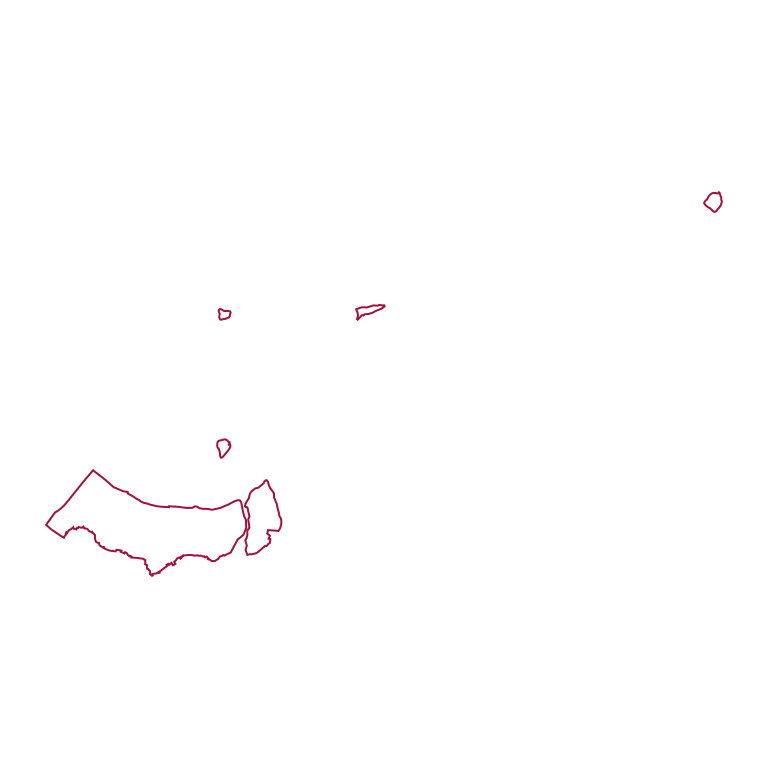 Kolofo'ou, Tonga (Robinson projection)
{"feature_id": "48082658B76905372739919", "entity_name": "Kolofo'ou", "entity_type": "district", "adm_level": 2, "iso_a3": "TON", "parent_name": "Tonga", "parent_adm1": "", "projection": "robinson", "projection_center": [-175.151, -21.107], "detail": "fine", "context": "isolated", "style": "outline", "palette": "rose", "viewbox_px": 768, "rotation_deg": 0, "n_neighbors": 0, "source": "geoboundaries", "source_scale": "gbopen_adm2", "svg_char_len": 4832}
<svg xmlns="http://www.w3.org/2000/svg" viewBox="0 0 768 768"><path d="M63.9,537.7L64.2,536.6L66.5,533.9L65.8,533.4L66.4,532.2L67.3,532.7L69.1,530.1L70.5,529.6L73.0,527.4L73.0,528.2L74.0,528.8L74.7,528.6L75.3,529.2L76.3,529.4L76.8,528.1L77.8,528.2L78.6,527.0L80.5,527.6L82.2,527.6L83.4,526.7L84.1,528.2L86.4,528.6L87.0,528.9L87.9,529.5L88.8,530.8L89.8,531.5L91.9,532.4L92.3,532.0L93.3,533.3L95.0,535.2L94.9,537.9L95.5,540.8L96.4,542.1L98.1,542.9L99.0,542.8L99.5,545.4L102.0,546.9L104.1,547.2L103.7,548.2L104.8,548.7L108.3,550.2L110.8,550.8L112.7,551.0L115.6,551.4L116.5,549.8L117.7,549.9L121.3,550.6L120.7,551.7L124.4,553.3L125.0,552.2L127.1,553.4L127.7,554.8L129.3,556.3L129.9,555.7L130.3,555.9L131.5,556.5L131.3,557.5L136.8,557.9L143.3,558.8L143.8,559.0L144.8,560.4L145.3,560.3L145.3,562.9L145.1,564.2L147.0,565.2L146.9,567.4L147.1,568.8L148.4,569.1L148.8,570.0L149.7,570.6L150.2,572.3L149.8,573.0L150.0,574.2L150.7,574.7L151.8,574.4L152.1,575.7L152.7,575.5L152.3,574.2L154.5,573.6L156.3,573.5L158.6,572.0L158.9,572.9L159.6,572.6L159.1,571.8L161.3,570.3L162.8,569.2L164.7,567.7L167.0,566.1L166.5,564.9L168.2,563.9L168.9,564.9L171.5,562.9L172.9,565.3L175.4,563.9L174.2,561.7L176.0,560.3L177.0,558.5L179.2,557.5L180.5,558.7L181.7,557.4L181.1,556.9L182.6,555.9L183.0,556.1L183.3,555.8L183.3,555.3L186.0,555.3L189.8,554.9L192.3,555.2L193.2,555.2L194.2,555.7L197.1,555.3L199.4,555.8L201.2,555.6L202.8,556.4L204.1,556.3L204.5,557.2L205.7,557.3L206.7,556.6L207.8,557.7L207.8,558.9L208.3,559.4L208.9,559.0L211.7,561.0L214.8,561.1L216.9,559.6L218.1,559.1L219.9,556.5L222.7,555.6L223.4,555.0L224.6,555.6L225.9,554.7L226.5,554.4L230.7,552.6L237.5,539.7L243.4,534.9L246.2,527.9L246.0,520.2L244.2,516.2L243.0,511.7L242.1,506.8L241.1,502.2L240.2,500.6L238.8,500.2L237.2,500.4L234.2,501.4L228.4,504.5L220.5,507.9L212.1,509.8L208.4,509.0L202.0,508.7L199.2,508.1L197.1,506.6L194.6,506.4L192.5,507.8L190.4,507.9L186.0,507.9L178.9,506.9L177.2,506.7L169.3,506.3L168.9,506.3L168.9,507.1L161.1,506.7L157.3,506.3L150.1,504.6L146.3,503.3L143.8,502.8L140.3,501.2L139.5,500.3L135.7,498.3L134.0,497.0L131.6,495.6L127.8,493.6L127.7,491.9L123.3,491.3L113.7,487.2L105.6,480.1L93.1,470.3L85.8,478.8L80.3,485.6L75.2,491.9L68.5,500.3L68.3,500.5L64.5,505.0L61.5,507.9L57.6,511.0L55.0,512.5L50.9,518.2L46.1,524.8L51.1,529.3L54.8,531.8L60.4,535.6L63.9,537.7ZM274.1,497.7L273.9,493.3L273.2,492.1L270.2,488.1L269.0,485.6L267.9,481.7L266.7,480.2L266.0,480.2L264.3,481.5L263.8,483.1L261.7,484.9L258.3,487.7L255.1,488.5L251.8,491.1L249.9,493.7L248.7,498.6L247.2,500.7L245.4,504.1L244.9,506.4L245.6,506.8L247.4,507.4L249.0,514.8L249.5,516.4L248.2,519.4L249.0,524.4L249.4,527.7L247.4,530.5L247.3,533.5L247.3,535.4L246.7,537.7L245.3,540.4L246.8,545.5L245.6,550.0L247.4,554.9L249.7,554.2L251.5,554.3L254.6,553.6L256.0,553.2L257.4,552.5L260.0,550.4L264.9,546.0L266.4,546.1L268.4,543.9L269.8,543.0L270.2,540.8L270.4,539.2L268.6,538.7L269.9,535.8L267.2,533.6L268.0,530.1L278.5,530.9L280.2,528.1L281.3,523.8L281.3,520.7L280.8,518.2L279.4,516.2L279.1,513.6L277.8,509.0L276.8,504.0L274.1,497.7ZM707.9,197.7L706.8,199.7L705.6,200.7L704.3,202.3L704.2,203.4L705.2,204.7L706.3,205.8L708.1,207.3L710.1,208.2L712.8,211.0L714.3,211.9L715.8,211.5L717.0,210.3L717.6,209.2L718.6,208.3L720.4,206.0L721.1,204.4L721.6,202.8L721.9,201.2L721.5,200.7L721.2,198.7L721.3,197.5L720.7,196.4L720.5,195.6L720.1,194.6L719.9,194.1L719.7,193.5L719.7,193.0L719.2,192.4L718.7,192.3L718.5,193.2L717.3,193.5L715.7,193.0L714.5,192.9L713.3,193.0L712.1,193.3L710.5,194.3L709.1,195.7L707.9,197.7ZM356.2,309.3L357.4,312.2L358.1,315.2L357.0,319.2L357.7,319.7L362.1,315.1L363.4,315.5L365.0,314.2L368.4,314.0L372.7,312.7L375.9,310.9L381.4,308.7L384.6,306.4L384.2,305.3L382.9,305.4L379.3,305.0L377.3,305.7L373.3,305.4L367.1,307.4L361.6,307.3L356.2,309.3ZM217.4,446.9L217.9,447.9L218.4,448.2L218.5,448.6L218.6,448.9L218.8,448.9L218.9,449.2L219.2,449.9L219.3,450.1L219.4,450.3L219.5,450.8L219.4,451.0L219.5,451.2L219.6,451.4L219.7,452.2L219.7,452.5L219.9,453.3L220.0,453.6L220.0,454.3L220.1,454.6L220.1,455.4L220.1,455.6L220.6,457.2L220.9,457.6L221.4,457.7L222.5,457.2L224.0,455.5L225.9,453.3L229.3,448.9L229.9,447.6L230.2,447.1L230.4,445.6L230.1,444.8L229.7,444.4L229.1,444.6L228.7,444.6L228.7,444.4L229.7,443.6L229.8,443.2L229.3,442.8L229.2,442.5L229.3,442.2L229.0,442.2L228.3,441.8L228.0,441.3L227.6,440.8L227.0,440.2L226.1,439.6L224.9,439.4L223.8,439.5L220.5,440.4L219.8,440.5L218.4,441.0L217.7,441.9L217.3,443.4L217.2,446.2L217.4,446.9ZM222.1,309.8L220.7,309.1L219.7,309.1L219.0,309.7L218.7,310.8L218.8,311.6L219.4,312.9L219.7,313.8L219.5,315.1L219.2,317.5L219.7,318.7L220.2,319.4L220.8,319.7L221.8,319.6L223.2,319.1L224.9,319.0L226.5,318.4L229.0,317.3L229.8,316.4L229.9,315.0L230.6,312.4L230.0,311.4L228.8,311.0L227.0,310.9L225.3,311.1L223.9,310.9L222.1,309.8Z" fill="none" stroke="#9f1239" stroke-width="2"/></svg>